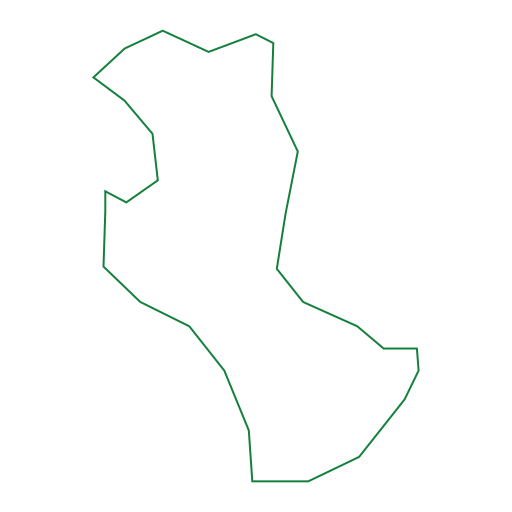 map outline of Borgo Maggiore (Natural Earth projection)
{"feature_id": "SMR-4883", "entity_name": "Borgo Maggiore", "entity_type": "state/province", "adm_level": 1, "iso_a3": "SMR", "parent_name": "San Marino", "parent_adm1": "", "projection": "natural_earth1", "projection_center": [12.438, 43.942], "detail": "fine", "context": "isolated", "style": "outline", "palette": "green", "viewbox_px": 512, "rotation_deg": 0, "n_neighbors": 0, "source": "natural_earth", "source_scale": "10m", "svg_char_len": 489}
<svg xmlns="http://www.w3.org/2000/svg" viewBox="0 0 512 512"><path d="M93.4,77.4L124.7,48.5L162.7,30.7L208.6,51.9L255.8,34.2L273.3,43.1L271.6,96.2L297.8,151.5L285.6,213.5L276.8,268.8L303.1,302.0L357.3,326.3L383.6,348.5L416.9,348.5L418.6,370.6L404.6,399.4L359.1,456.9L308.3,481.3L252.3,481.3L248.8,430.4L224.3,370.6L189.3,326.3L140.3,302.0L103.5,266.6L105.3,211.3L105.3,191.3L126.3,202.4L157.8,180.3L152.5,133.8L124.5,100.6L93.4,77.4Z" fill="none" stroke="#15803d" stroke-width="2"/></svg>